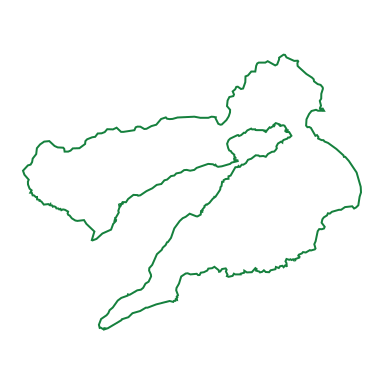 outline of Kota Ambon, Maluku, Indonesia
{"feature_id": "22746128B58388026658287", "entity_name": "Kota Ambon", "entity_type": "district", "adm_level": 2, "iso_a3": "IDN", "parent_name": "Indonesia", "parent_adm1": "Maluku", "projection": "albers", "projection_center": [128.177, -3.684], "detail": "fine", "context": "isolated", "style": "outline", "palette": "green", "viewbox_px": 384, "rotation_deg": 0, "n_neighbors": 0, "source": "geoboundaries", "source_scale": "gbopen_adm2", "svg_char_len": 6012}
<svg xmlns="http://www.w3.org/2000/svg" viewBox="0 0 384 384"><path d="M324.0,110.8L322.7,108.6L320.2,108.9L319.9,108.2L321.0,105.6L319.8,100.9L321.2,98.7L321.3,93.8L322.9,88.8L322.7,87.4L320.6,84.9L317.7,84.1L314.0,81.3L313.7,79.3L312.0,77.6L306.4,74.0L299.1,67.4L297.6,65.9L297.4,63.1L298.2,61.3L297.7,60.7L294.2,60.9L286.5,57.4L285.0,54.9L283.5,54.7L279.1,57.7L279.1,59.4L277.2,64.4L275.2,65.4L267.7,61.2L265.3,62.6L258.7,62.6L257.2,63.5L256.2,65.8L255.3,71.5L251.3,71.5L248.0,75.4L245.5,76.4L245.3,82.2L243.1,88.5L241.0,89.0L237.8,86.7L236.3,86.9L235.2,89.3L232.7,91.4L234.0,94.5L233.3,96.1L229.4,97.0L227.6,100.5L227.0,106.1L230.1,109.8L230.0,112.5L228.7,116.4L226.4,120.1L221.8,124.5L220.4,124.7L218.3,123.8L215.5,118.2L215.8,117.3L213.9,116.9L211.5,116.7L208.3,117.8L200.3,117.8L194.4,116.7L177.6,117.5L172.6,118.9L169.5,119.1L167.0,118.7L165.8,117.4L161.1,119.0L156.3,124.7L151.4,126.1L146.5,128.8L144.3,129.0L140.4,126.7L137.5,126.6L135.7,127.3L134.4,130.2L123.2,131.9L121.1,131.9L116.6,127.7L113.0,129.4L107.2,129.2L104.7,132.1L101.6,133.3L97.7,133.5L95.2,136.8L92.1,137.3L87.1,139.3L85.4,141.1L85.1,144.0L79.4,148.2L72.8,148.4L70.6,150.6L68.2,151.6L64.6,151.6L64.2,148.8L63.2,147.7L57.7,147.4L54.6,146.0L49.3,141.1L44.2,141.6L40.1,144.4L36.9,148.2L36.2,154.1L32.7,158.6L32.1,162.1L30.6,164.6L27.9,165.4L23.0,170.7L24.4,174.7L28.7,179.7L27.9,181.7L28.0,184.5L29.6,188.7L31.6,190.3L30.3,192.7L31.8,192.8L32.6,195.3L33.8,195.3L35.9,197.1L37.0,197.0L37.1,199.4L38.8,199.7L39.7,200.1L39.5,200.8L41.4,201.5L43.8,204.6L48.3,204.1L49.5,205.0L50.4,204.1L50.6,205.3L52.2,205.5L52.8,206.7L53.9,206.3L55.6,206.9L56.4,208.4L58.4,208.5L59.2,209.4L60.5,208.9L61.3,210.2L63.0,209.4L64.9,209.8L68.1,211.6L67.6,213.5L68.2,214.8L69.7,215.6L71.8,218.3L75.3,220.5L77.4,220.9L84.0,220.1L86.4,223.9L94.4,231.5L91.8,240.1L92.5,240.4L96.5,238.9L102.4,233.5L111.1,229.6L113.2,223.9L115.9,221.0L116.1,219.9L115.3,219.2L115.5,220.9L114.5,220.9L114.9,219.3L118.8,212.5L118.3,210.9L119.5,207.3L119.2,205.3L120.5,206.1L121.2,204.7L120.7,204.0L121.9,203.9L121.7,203.1L122.2,203.8L122.7,203.6L122.2,202.7L122.6,202.1L126.0,202.2L128.1,199.0L133.4,194.9L137.6,195.1L138.1,195.7L140.3,195.3L146.5,191.1L152.3,188.3L156.7,184.9L161.3,184.0L164.4,180.3L167.1,179.6L171.0,176.1L174.3,175.5L176.3,173.4L180.9,172.5L184.1,170.1L186.7,169.9L190.1,170.7L194.3,169.9L196.6,167.9L208.2,163.9L213.0,164.3L214.5,165.3L215.5,164.7L216.3,166.0L218.1,166.8L221.8,166.3L230.1,163.9L231.6,162.6L237.7,161.1L237.5,160.3L234.3,159.9L234.1,158.4L235.5,157.8L234.2,156.0L234.3,154.7L231.6,152.5L231.1,151.3L229.2,150.4L228.2,148.1L227.1,143.8L228.5,140.3L230.2,138.6L237.3,135.2L238.2,135.1L239.0,136.0L241.2,135.1L243.9,132.7L245.2,132.9L247.3,130.4L251.2,128.6L252.1,129.4L255.2,129.3L255.5,130.0L256.5,130.1L262.8,130.1L266.5,132.4L265.5,130.7L266.5,130.9L269.6,127.3L270.6,127.8L273.0,126.2L274.0,126.3L274.5,125.4L273.7,124.9L275.8,123.1L279.6,124.4L280.4,125.0L279.7,125.4L280.3,126.0L283.0,125.2L284.5,125.7L286.7,129.4L285.4,130.3L285.4,131.3L286.4,131.9L287.5,131.2L287.3,132.0L289.2,132.1L291.4,135.8L289.6,137.5L288.1,137.5L287.3,138.6L283.5,140.0L282.4,141.4L282.3,142.5L281.1,141.6L278.0,143.5L276.4,146.4L276.8,148.3L275.5,150.2L274.1,151.6L272.0,151.8L268.0,154.0L265.8,156.8L263.3,156.0L259.6,156.3L258.6,155.5L255.7,155.3L251.3,158.7L248.0,159.8L245.9,163.1L243.3,164.7L241.7,164.7L240.0,166.8L238.9,166.9L238.5,166.1L237.5,167.1L235.4,167.2L230.6,175.6L228.5,176.3L228.5,178.8L225.7,179.0L223.7,180.1L223.4,181.8L222.1,181.8L221.5,186.1L220.5,187.1L220.2,189.5L219.0,191.5L215.5,196.7L214.6,196.8L214.8,197.2L212.8,198.7L209.4,202.9L206.9,204.7L206.3,204.4L204.4,206.1L204.6,206.9L202.3,209.7L202.6,210.5L201.5,210.8L201.9,211.8L201.0,211.7L200.7,214.6L197.5,216.4L196.3,216.3L189.7,213.7L185.7,216.8L182.7,218.2L179.7,221.0L174.3,228.4L171.0,237.9L167.9,242.1L167.0,242.3L165.6,245.1L162.8,247.6L161.7,249.9L156.9,254.2L152.2,264.9L149.3,268.1L149.1,270.6L150.9,274.6L151.1,276.4L148.6,281.7L145.5,283.6L143.2,287.8L140.9,289.7L137.3,290.3L129.6,294.8L127.9,294.4L127.7,295.6L121.3,297.9L117.7,300.6L112.8,307.5L109.6,310.2L108.3,313.2L106.5,315.3L101.1,319.0L98.9,324.8L99.7,327.9L100.6,327.6L103.5,329.3L104.4,329.2L104.4,328.2L105.9,328.4L105.5,329.0L107.9,328.2L121.5,320.1L121.8,319.3L128.4,317.2L132.5,313.2L140.2,311.0L145.8,307.7L147.5,307.7L156.2,304.4L169.6,301.0L173.2,301.9L173.9,300.9L175.4,300.8L175.7,299.3L177.0,299.8L176.7,297.8L177.3,297.2L176.8,296.5L178.0,295.2L176.2,290.3L176.5,288.0L179.0,283.6L181.2,276.5L185.7,273.5L187.7,273.3L190.4,274.4L196.7,273.8L198.1,275.1L199.6,275.0L200.8,272.7L203.9,272.2L207.3,270.5L208.3,268.6L212.1,268.2L214.4,266.8L218.6,270.1L219.1,271.8L220.2,271.5L222.1,269.0L225.7,268.4L226.6,269.8L225.9,271.5L227.5,274.7L226.9,276.1L228.6,276.8L232.6,275.9L233.9,273.7L235.1,274.4L240.7,274.4L240.7,273.7L244.2,272.7L244.3,270.7L246.9,272.4L251.8,272.2L255.4,268.1L256.6,269.0L256.0,270.6L259.3,271.6L260.0,272.4L262.2,271.8L263.9,270.3L265.7,272.0L269.1,272.2L270.6,270.3L275.4,269.2L275.9,267.0L278.8,268.0L280.1,266.2L282.4,265.8L283.6,267.2L285.3,265.3L286.2,265.6L286.8,266.9L286.5,263.1L285.5,261.3L286.5,259.0L289.2,259.8L290.5,259.3L291.5,260.0L292.8,259.4L293.5,260.0L293.5,259.3L294.7,259.3L295.4,259.9L295.7,258.9L299.3,257.6L299.5,256.8L298.3,255.7L298.8,254.7L301.9,253.4L303.0,252.1L305.8,252.5L309.9,250.1L310.9,250.5L314.8,249.4L315.5,248.5L314.3,244.2L315.6,241.3L317.7,231.2L319.2,229.1L321.9,229.2L324.0,228.5L324.7,226.8L321.6,222.7L322.4,219.3L323.8,217.4L327.0,215.4L327.9,213.3L329.8,213.6L331.9,211.8L338.9,209.8L341.1,209.8L345.0,207.1L352.2,206.3L354.1,208.5L356.0,207.5L358.3,205.3L359.6,196.8L361.0,192.4L360.7,186.8L356.6,172.5L348.9,161.0L345.3,156.9L343.9,156.9L343.5,155.4L336.4,149.0L328.0,142.9L324.5,141.5L323.5,140.2L321.6,140.1L318.1,138.5L318.4,137.0L317.0,135.1L315.4,135.8L310.9,127.9L309.2,127.0L307.4,127.2L306.1,125.6L306.5,119.3L309.1,114.0L311.5,111.0L316.0,109.8L317.9,110.7L324.0,110.8Z" fill="none" stroke="#15803d" stroke-width="2"/></svg>